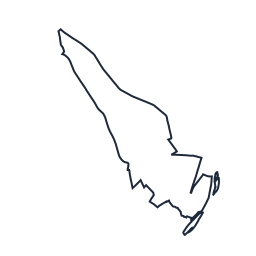 Basatin, Al Qahirah, Egypt, rotated 228°
{"feature_id": "37247803B92056872151518", "entity_name": "Basatin", "entity_type": "district", "adm_level": 2, "iso_a3": "EGY", "parent_name": "Egypt", "parent_adm1": "Al Qahirah", "projection": "natural_earth1", "projection_center": [31.251, 29.98], "detail": "fine", "context": "isolated", "style": "outline", "palette": "slate", "viewbox_px": 256, "rotation_deg": 228, "n_neighbors": 0, "source": "geoboundaries", "source_scale": "gbopen_adm2", "svg_char_len": 5254}
<svg xmlns="http://www.w3.org/2000/svg" viewBox="0 0 256 256"><g transform="rotate(228 128 128)"><path d="M58.8,94.9L56.8,95.4L54.3,96.2L53.9,96.3L52.4,96.4L51.3,96.6L49.3,96.9L49.3,98.8L49.3,99.4L48.9,101.3L48.5,103.7L48.2,104.8L47.7,107.4L47.3,107.4L47.3,107.7L47.0,108.3L46.8,109.8L46.6,110.0L45.9,109.5L45.2,109.3L44.3,109.2L43.9,109.2L42.0,109.1L40.6,108.9L39.6,109.0L39.4,109.1L39.2,109.2L38.4,109.9L37.8,110.3L37.6,110.4L36.6,110.5L36.4,110.6L36.1,110.8L35.5,111.4L35.3,111.5L35.2,111.5L34.3,111.2L33.9,111.2L32.2,111.2L31.0,111.0L30.3,111.1L29.4,110.3L29.0,110.0L27.9,109.6L27.0,109.2L25.4,110.4L24.8,110.1L23.6,110.8L22.6,111.4L23.0,112.4L22.7,112.9L20.6,114.0L19.3,114.4L19.2,114.8L18.4,115.2L17.8,113.9L17.7,113.8L17.9,116.6L18.0,121.4L18.4,123.8L17.4,126.0L16.7,126.7L19.9,135.8L22.2,141.3L25.9,146.1L30.6,152.3L35.9,157.9L37.5,156.1L38.5,155.3L38.9,155.0L39.0,154.9L41.0,153.9L43.0,153.0L43.3,152.8L43.1,152.4L43.0,152.1L41.7,145.1L41.5,143.9L41.3,142.6L40.9,140.6L40.8,139.5L40.5,138.2L40.0,136.7L39.7,135.7L39.1,134.5L38.5,133.4L38.1,132.5L37.6,131.7L38.1,131.4L40.1,134.6L43.0,139.6L44.5,142.2L46.5,145.9L49.3,150.4L51.8,154.6L53.4,157.2L56.7,162.7L58.8,161.3L60.8,160.0L61.2,159.9L61.5,159.5L61.9,159.2L63.1,158.4L63.9,157.9L64.0,157.8L64.6,157.0L65.2,156.3L67.2,154.5L69.6,152.2L70.3,151.5L74.5,147.3L77.5,144.2L78.6,142.9L79.0,143.1L78.6,144.7L77.9,148.6L79.6,148.9L92.5,150.2L91.4,152.8L91.4,153.1L91.5,153.4L91.6,153.6L91.8,153.8L95.7,156.0L97.6,157.0L101.8,159.4L103.6,160.4L107.3,162.3L109.4,163.7L109.8,163.9L110.6,164.3L111.1,164.4L111.6,164.6L112.4,164.6L114.2,164.4L118.1,163.8L123.4,163.1L125.2,162.7L126.6,162.7L129.2,161.8L133.1,160.0L143.2,155.1L148.3,152.6L152.9,151.0L157.7,149.3L160.5,148.3L161.9,148.0L163.7,147.8L168.7,148.1L170.3,148.1L174.1,148.3L185.1,148.8L187.7,148.9L193.6,149.8L196.4,150.4L199.6,151.0L203.2,151.6L204.3,151.9L204.9,151.9L206.8,151.9L207.8,151.7L210.4,151.4L214.6,150.8L216.5,150.5L218.2,150.3L220.2,150.0L222.0,149.7L225.3,148.8L227.4,148.3L229.7,147.6L233.0,146.7L241.6,144.6L244.0,144.2L245.7,144.1L246.4,144.0L246.4,141.1L240.7,137.9L239.3,136.8L234.9,133.9L233.6,133.6L231.3,133.4L227.7,131.8L227.5,131.4L227.2,130.7L227.1,129.9L227.1,129.5L226.9,129.1L226.8,128.7L226.5,129.0L224.9,129.6L223.4,130.0L222.4,130.1L220.4,130.3L218.4,130.1L216.7,129.7L214.8,129.1L211.3,127.7L209.2,127.0L208.3,126.6L205.8,125.8L202.7,125.3L195.0,124.1L187.4,123.1L185.7,122.8L184.4,122.5L180.6,121.9L175.5,121.1L171.3,120.5L168.3,120.0L165.0,119.2L162.9,118.8L162.5,118.8L161.2,118.7L160.6,118.8L158.9,118.9L156.7,119.1L155.8,119.2L154.6,119.1L153.5,118.8L151.9,118.4L150.8,118.0L148.8,117.0L142.5,114.1L140.0,113.1L137.2,112.2L131.8,110.9L129.2,110.1L126.6,109.1L125.3,108.6L124.3,108.2L114.5,103.4L113.3,102.8L112.1,102.5L111.1,102.3L109.8,102.1L108.0,102.1L107.3,102.1L106.9,102.2L105.8,102.4L105.4,102.5L105.0,102.7L104.5,103.0L103.5,103.7L103.1,104.0L102.7,104.2L102.2,104.5L101.9,104.5L101.7,104.5L101.2,104.4L100.9,104.2L100.5,103.9L100.2,103.6L99.8,102.9L99.6,102.8L99.4,102.6L99.2,102.5L97.3,99.8L97.0,99.6L96.9,99.6L96.6,100.0L96.4,100.6L96.1,100.8L95.6,100.6L92.3,98.3L88.7,96.1L84.0,93.4L80.3,91.2L80.3,92.9L80.3,94.4L80.6,100.6L80.8,102.5L73.1,100.2L73.2,100.8L73.4,103.2L64.1,103.5L63.4,103.5L63.0,103.5L62.3,103.1L61.7,102.7L61.3,102.5L61.0,102.4L60.8,102.1L60.2,99.4L59.8,97.8L58.8,94.9ZM10.6,102.5L10.7,104.7L11.0,107.9L11.0,108.3L11.0,108.7L10.9,109.1L10.7,109.1L10.7,108.7L10.4,107.0L10.2,102.9L10.2,102.6L10.1,102.8L9.9,103.3L9.6,105.7L9.6,106.9L9.6,107.5L9.6,108.3L9.8,109.3L10.0,110.4L10.2,111.7L10.5,113.0L11.2,115.2L11.6,116.5L11.8,117.4L12.2,118.3L12.6,119.2L12.8,119.6L13.0,120.4L13.1,121.1L13.1,121.3L13.6,122.6L13.8,123.5L14.1,124.4L14.7,125.8L14.8,126.6L15.0,126.9L15.4,126.4L16.0,125.6L16.3,125.1L16.5,124.8L16.6,124.5L16.6,124.1L16.7,123.5L16.7,123.1L16.2,116.7L16.1,114.1L15.8,111.2L15.6,109.0L15.5,107.7L15.2,106.2L15.0,105.0L14.5,103.1L14.3,102.3L13.8,100.4L13.7,99.9L13.5,99.4L13.3,99.3L12.8,98.9L11.9,98.7L10.9,98.6L10.7,98.6L10.5,98.8L10.5,99.5L10.6,102.5ZM22.0,150.2L21.9,150.3L21.8,150.5L21.9,151.2L22.1,152.0L22.3,152.8L22.6,153.7L23.0,154.4L23.4,155.1L23.8,155.7L24.6,156.7L25.7,158.1L26.5,158.9L27.6,160.0L28.5,160.8L29.5,161.5L30.1,162.1L30.4,162.1L30.8,162.0L30.8,161.5L30.8,161.2L30.7,161.1L30.5,160.9L30.4,160.8L30.5,160.3L30.3,159.8L30.3,159.4L30.3,159.0L30.2,158.7L30.0,158.1L30.1,157.7L30.1,157.4L30.0,156.8L29.8,156.4L29.6,156.2L28.3,155.3L27.5,154.8L26.5,154.0L26.4,154.0L26.2,154.0L26.1,153.9L26.0,153.7L25.7,153.6L25.7,153.4L25.8,153.3L25.8,153.2L25.7,153.1L25.4,153.1L25.4,152.9L24.7,151.9L24.3,151.4L24.2,151.2L24.1,150.8L23.9,150.4L23.5,149.6L23.0,148.8L22.7,148.4L22.0,147.6L21.5,146.8L21.4,146.8L21.4,147.3L21.4,147.6L21.6,148.1L21.9,149.8L22.0,150.2ZM31.3,158.2L31.2,158.2L31.0,158.3L31.2,158.5L31.3,159.1L31.3,159.4L31.4,159.5L31.2,159.6L31.4,160.4L31.6,160.8L31.8,161.5L32.7,163.2L32.8,163.3L34.9,164.4L35.5,164.8L35.6,164.7L35.7,164.1L35.7,163.5L35.6,163.1L35.4,162.4L35.0,162.5L34.9,162.5L34.8,162.2L34.7,162.1L34.7,161.8L34.6,161.7L34.6,161.4L34.2,161.0L33.9,160.4L33.6,160.0L33.3,159.6L33.0,159.2L32.8,158.9L32.5,158.8L32.3,158.4L32.1,158.2L31.6,157.8L31.4,157.6L31.4,157.8L31.3,158.2Z" fill="none" stroke="#1e293b" stroke-width="2"/></g></svg>